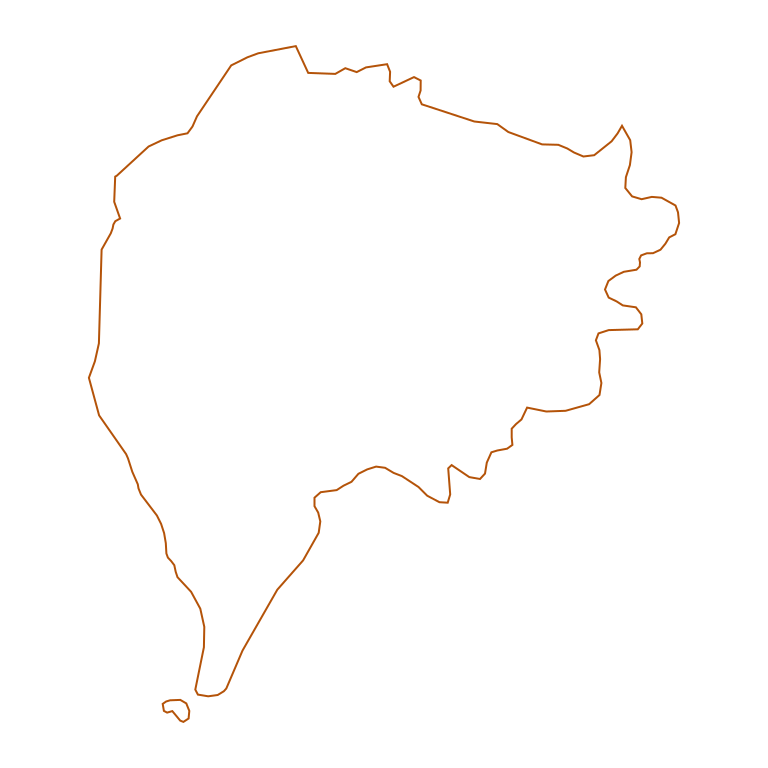 the Governorate of Ta`izz
{"feature_id": "YEM-158", "entity_name": "Ta`izz", "entity_type": "Governorate", "adm_level": 1, "iso_a3": "YEM", "parent_name": "Yemen", "parent_adm1": "", "projection": "natural_earth1", "projection_center": [43.878, 13.272], "detail": "fine", "context": "isolated", "style": "outline", "palette": "amber", "viewbox_px": 768, "rotation_deg": 0, "n_neighbors": 0, "source": "natural_earth", "source_scale": "10m", "svg_char_len": 2207}
<svg xmlns="http://www.w3.org/2000/svg" viewBox="0 0 768 768"><path d="M226.3,688.5L223.9,691.2L217.7,695.0L208.2,696.3L197.9,694.6L195.3,689.6L203.9,647.3L204.3,626.9L200.3,608.7L191.1,591.8L177.5,577.2L175.7,571.8L174.3,565.2L171.1,561.0L167.9,557.6L166.4,553.5L165.8,543.1L164.1,533.1L161.1,523.9L156.9,515.5L141.0,494.6L138.5,488.4L137.8,484.3L132.3,471.8L128.0,458.4L126.1,454.1L99.1,415.4L88.9,377.8L94.9,361.3L98.9,343.4L101.6,249.6L110.8,233.3L112.6,228.5L113.4,224.5L115.3,221.2L120.1,218.5L114.2,201.8L115.2,176.6L115.3,176.5L116.7,175.8L148.6,146.5L161.7,140.3L177.5,135.3L187.5,133.3L192.5,126.5L197.0,116.3L231.2,65.4L247.4,57.3L258.2,53.3L295.8,46.1L308.2,72.9L335.3,73.9L345.3,68.2L356.7,72.1L366.0,67.4L387.1,64.2L390.1,71.8L389.7,81.3L393.5,86.7L414.0,77.1L420.7,80.5L420.6,90.5L418.5,96.9L421.8,104.3L474.3,121.5L497.3,124.1L508.3,132.0L542.1,144.4L558.3,144.8L567.3,148.5L574.0,152.5L583.4,156.5L594.2,155.2L611.6,141.3L617.6,133.4L622.0,125.8L630.2,140.2L631.6,152.2L629.9,165.1L625.9,177.2L625.3,188.0L632.1,196.4L641.6,199.2L651.8,196.9L661.5,197.7L675.5,205.5L678.0,212.3L679.1,223.0L675.4,234.2L669.2,237.4L665.4,243.7L660.5,249.7L653.0,253.2L646.8,253.3L641.1,255.4L639.3,259.0L640.0,262.4L639.7,266.4L636.5,269.7L623.8,271.8L615.7,275.6L608.4,281.0L605.0,289.5L608.7,297.6L616.6,301.4L622.8,305.4L635.9,307.3L641.3,314.3L642.3,323.5L637.8,329.3L608.7,330.1L598.5,333.4L595.9,340.3L599.4,350.1L600.1,359.1L599.2,372.4L601.4,383.0L599.5,395.0L589.1,404.2L565.6,410.8L546.3,411.5L527.1,407.6L521.5,419.4L515.9,424.2L511.7,428.7L511.7,437.4L512.4,444.9L507.1,448.7L497.3,450.5L491.4,452.3L486.8,462.6L485.0,473.6L480.0,479.0L469.3,477.1L451.6,465.1L448.2,468.4L450.2,494.4L447.7,502.7L439.4,502.2L427.2,495.7L418.5,487.0L401.9,476.1L393.6,472.9L385.1,467.8L376.1,466.6L367.2,469.4L358.4,473.8L351.5,481.8L343.5,485.7L336.7,490.1L320.7,492.2L314.5,497.7L314.5,506.2L318.2,512.6L320.3,521.4L318.7,532.8L303.1,560.4L277.3,589.7L242.5,650.6L226.3,688.5ZM180.3,699.9L186.3,703.4L187.0,705.2L189.3,710.9L188.6,718.5L183.4,721.9L180.2,720.6L174.9,714.2L172.3,711.1L167.1,712.6L163.9,710.9L162.7,703.9L166.1,701.5L170.1,700.3L180.3,699.9Z" fill="none" stroke="#b45309" stroke-width="2"/></svg>